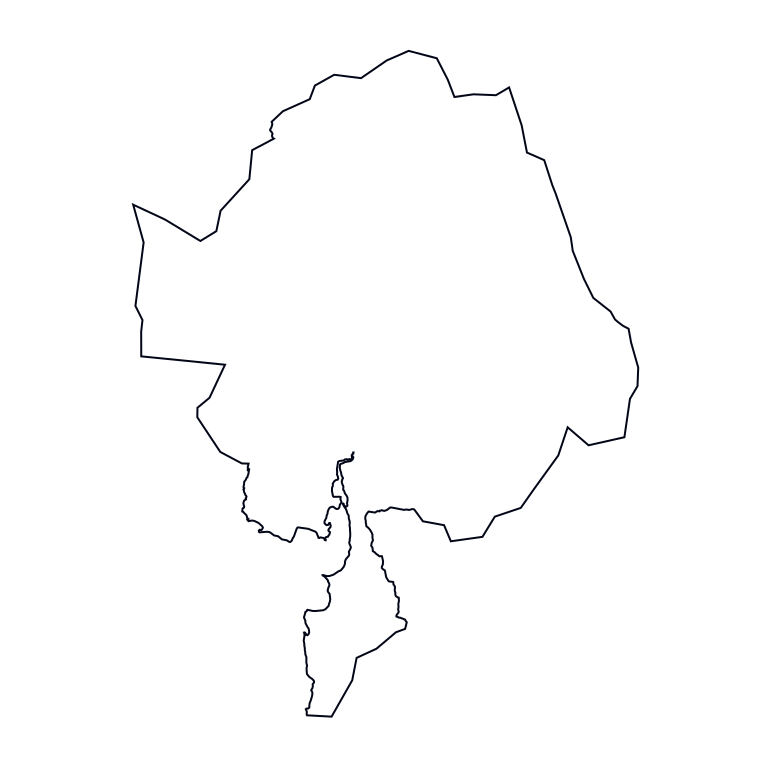 the district of Alag-Erdene, Hövsgöl, Mongolia, rotated 181°
{"feature_id": "93677404B90786292035657", "entity_name": "Alag-Erdene", "entity_type": "district", "adm_level": 2, "iso_a3": "MNG", "parent_name": "Mongolia", "parent_adm1": "Hövsgöl", "projection": "albers", "projection_center": [100.216, 50.317], "detail": "fine", "context": "isolated", "style": "outline", "palette": "ink", "viewbox_px": 768, "rotation_deg": 181, "n_neighbors": 0, "source": "geoboundaries", "source_scale": "gbopen_adm2", "svg_char_len": 6124}
<svg xmlns="http://www.w3.org/2000/svg" viewBox="0 0 768 768"><g transform="rotate(181 384 384)"><path d="M455.2,51.4L430.6,50.5L410.6,87.2L406.6,109.7L386.9,119.2L367.7,136.0L358.6,139.5L357.1,146.2L358.4,147.8L358.8,148.8L363.7,150.6L365.5,150.8L366.1,151.3L367.4,151.6L367.6,152.0L367.5,153.0L365.4,156.0L365.4,156.8L365.9,158.9L365.6,161.3L365.8,163.5L365.8,164.8L365.3,167.1L365.5,170.6L367.0,171.1L368.5,172.3L368.8,172.9L369.0,173.6L369.0,175.7L369.4,176.5L369.7,178.5L369.5,179.9L369.6,181.8L371.0,183.7L371.3,186.0L371.5,186.3L374.8,186.6L375.9,186.9L378.4,190.7L379.8,197.3L380.1,197.8L381.9,198.8L383.0,200.1L383.0,201.1L381.9,203.9L382.0,204.8L381.8,206.4L382.4,209.2L383.1,211.8L385.4,211.7L386.1,212.0L387.2,213.0L388.5,213.7L390.5,215.7L392.2,216.6L392.6,219.8L393.0,220.8L393.7,221.5L394.0,222.2L393.5,225.1L392.3,227.4L392.9,230.4L392.9,233.2L393.3,234.3L395.4,238.0L397.7,240.4L399.0,241.3L399.2,241.7L399.3,242.9L399.7,244.3L399.9,247.4L400.3,248.3L400.4,249.5L400.3,251.3L398.9,254.1L397.2,256.2L390.7,255.3L388.4,256.8L386.4,256.6L386.1,257.2L385.1,257.3L384.3,257.8L381.6,257.1L379.0,258.0L375.7,260.6L374.0,260.6L361.9,258.5L359.3,258.9L356.7,258.5L353.7,259.4L352.5,259.4L351.5,259.0L342.7,247.4L321.5,243.9L314.4,227.9L282.9,232.9L270.9,253.3L245.1,262.5L232.1,281.7L208.5,315.6L199.6,343.9L178.4,326.3L142.7,335.0L137.8,373.5L130.5,386.3L130.1,404.8L137.7,429.9L140.4,443.5L146.0,446.3L151.2,450.1L154.2,452.6L158.7,460.4L176.2,473.7L185.9,492.5L197.6,520.4L199.8,534.0L215.7,577.4L219.2,585.8L227.7,610.6L245.1,617.9L250.9,645.1L264.1,682.7L277.1,674.7L299.6,675.2L318.6,672.2L325.5,689.3L336.9,710.6L365.2,717.5L387.0,707.5L412.3,689.4L439.2,692.3L458.3,681.2L463.2,667.5L489.8,655.0L500.9,644.2L500.3,642.5L500.3,641.1L501.2,638.3L502.2,636.6L502.3,635.7L500.3,633.3L499.9,632.5L499.9,631.7L500.3,630.6L500.3,629.9L499.4,628.0L498.4,627.4L519.9,615.5L522.2,586.4L550.4,554.4L554.3,533.9L570.1,523.8L605.8,544.6L637.9,558.9L626.8,521.3L633.9,457.7L626.6,443.7L627.7,432.1L627.2,407.4L543.3,400.5L558.2,367.2L570.1,357.0L570.1,347.5L546.5,313.2L524.7,302.1L518.0,302.0L518.7,299.1L518.7,297.5L517.8,296.9L517.3,296.3L517.5,295.8L518.7,295.8L518.7,295.3L517.6,294.5L518.1,291.3L518.8,289.6L518.9,288.5L519.9,287.6L520.5,285.9L522.0,283.9L522.3,280.4L522.7,278.9L522.5,278.0L521.9,277.5L522.1,276.7L522.7,276.2L522.3,275.5L522.1,273.7L521.2,272.1L520.7,270.7L519.8,269.7L519.5,268.8L520.3,267.4L519.9,266.9L519.9,266.3L521.8,265.0L522.5,262.7L522.5,262.0L522.2,261.4L522.2,260.6L521.6,258.7L522.0,257.8L522.9,257.4L523.3,256.9L523.3,255.3L523.6,254.4L523.5,254.0L522.4,253.6L521.8,252.8L519.4,250.6L518.8,249.3L518.7,248.2L518.1,247.6L518.4,246.3L517.4,246.3L517.8,245.7L517.1,244.5L513.6,245.2L511.2,244.8L507.0,242.9L503.3,239.7L502.6,238.5L502.8,237.6L503.6,236.2L504.3,235.8L505.8,236.1L506.5,235.3L506.4,235.2L506.5,234.0L505.9,233.5L498.7,234.2L496.5,234.1L494.9,233.4L491.3,230.7L487.2,229.9L483.4,226.9L478.5,226.0L475.8,224.4L474.8,224.5L473.5,225.7L472.6,228.1L471.4,230.0L468.7,238.0L467.9,239.0L467.2,239.1L457.3,237.9L450.1,235.2L449.3,234.6L448.7,233.8L447.9,231.7L447.2,230.4L446.8,229.0L446.0,228.9L444.9,229.5L441.9,229.0L441.0,228.3L440.6,227.0L439.6,226.7L439.5,227.0L440.1,228.9L439.8,229.5L439.4,229.8L437.3,230.4L437.0,231.3L436.0,232.4L435.4,234.9L436.8,236.1L437.1,236.9L436.7,238.0L435.0,240.0L434.8,241.1L435.5,243.8L435.7,244.1L436.4,244.0L437.4,242.2L438.6,241.9L439.7,242.3L441.1,243.9L441.0,245.9L439.3,249.2L439.1,251.2L438.2,253.4L438.1,255.2L437.2,257.7L436.4,259.0L435.6,259.7L433.5,260.4L432.7,260.4L429.5,258.2L427.7,258.4L426.6,259.5L426.0,262.5L424.5,265.0L424.6,265.8L425.6,268.1L425.3,270.2L426.4,270.5L432.2,270.3L432.9,270.8L433.4,272.4L434.2,276.3L434.1,279.6L433.4,281.0L433.4,283.6L432.0,285.9L430.5,287.1L428.7,287.5L428.1,288.6L428.5,290.6L429.4,292.5L429.3,295.0L429.6,298.2L428.5,305.5L427.3,306.2L422.9,306.9L421.6,308.0L420.6,307.9L420.0,308.2L419.2,307.8L417.2,308.3L415.3,307.9L415.0,308.1L414.6,309.1L415.0,311.4L415.0,312.4L413.7,314.1L413.6,315.0L413.3,315.0L413.4,314.0L414.5,312.6L414.6,311.9L414.6,311.5L413.5,310.5L413.4,309.9L414.0,308.2L415.0,307.1L416.2,306.3L421.5,305.3L424.1,303.9L426.0,303.3L426.5,302.8L426.8,299.6L426.2,296.9L425.3,294.5L425.0,292.4L424.4,291.0L423.5,289.6L423.4,288.8L424.1,288.0L424.2,286.8L424.6,285.9L424.3,284.2L423.5,282.1L423.1,281.7L422.8,280.5L423.0,278.0L422.9,277.4L422.1,276.7L421.2,274.0L419.4,271.6L418.5,269.6L418.4,267.1L418.9,264.0L418.5,262.4L418.6,261.5L419.4,260.8L420.3,260.8L421.6,261.7L422.1,262.5L422.2,263.4L422.8,263.8L423.0,263.7L423.1,263.3L421.6,260.6L420.1,258.6L419.4,257.3L418.3,253.8L417.3,252.4L417.0,251.6L416.8,248.7L416.0,246.4L416.0,245.8L415.8,245.5L416.0,241.6L415.5,239.6L415.5,237.6L415.2,234.8L415.1,231.2L415.5,228.7L415.5,227.0L416.0,224.9L415.8,223.7L414.6,221.2L414.3,219.8L414.9,218.3L416.2,215.7L415.8,213.3L416.0,211.9L419.1,208.1L419.9,205.8L419.9,203.7L420.5,201.8L421.2,200.3L423.9,196.9L426.3,195.9L431.1,192.5L435.1,191.1L437.7,190.9L441.3,191.9L442.1,191.8L442.0,191.5L440.0,190.4L437.0,187.1L436.6,186.4L436.5,185.6L435.4,183.6L435.1,182.4L435.2,181.3L436.0,179.6L436.7,176.9L436.5,175.4L434.7,173.1L434.1,168.8L434.0,167.5L434.4,165.3L435.1,163.2L435.5,161.2L438.6,157.8L441.0,156.7L448.6,155.8L451.0,155.8L456.6,156.9L457.1,156.4L457.4,155.4L458.7,154.6L458.8,153.5L459.9,149.5L459.9,149.1L458.5,145.8L458.4,144.0L458.1,143.1L456.3,139.8L455.2,138.3L454.7,136.7L454.5,134.1L454.9,132.9L455.8,131.8L456.3,131.5L457.3,132.3L457.7,131.8L458.4,132.0L459.1,133.2L458.1,133.0L458.1,133.3L458.7,134.1L459.3,134.2L459.4,133.6L459.1,131.7L459.2,130.2L459.8,126.2L459.1,122.5L459.1,120.7L458.5,118.4L458.6,116.9L458.1,114.9L458.0,112.9L457.8,111.9L457.0,110.1L456.8,108.9L456.8,104.5L456.5,102.7L456.0,101.3L456.5,98.4L456.1,93.6L455.9,92.6L453.7,89.9L450.5,87.7L449.2,86.3L448.7,85.3L448.8,84.3L450.1,82.5L449.9,80.7L450.1,79.2L450.6,78.0L451.3,77.1L451.3,76.1L450.7,75.4L450.3,74.4L450.2,73.3L450.4,71.1L451.6,66.7L452.9,63.1L453.1,59.1L454.2,58.2L455.9,58.1L456.5,57.5L455.4,54.9L455.6,52.6L455.2,51.4Z" fill="none" stroke="#020617" stroke-width="2"/></g></svg>